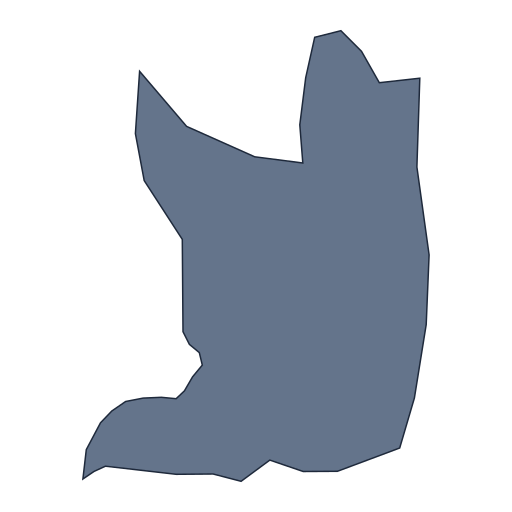 Luweero, Albers equal-area conic projection
{"feature_id": "UGA-3092", "entity_name": "Luweero", "entity_type": "County", "adm_level": 1, "iso_a3": "UGA", "parent_name": "Uganda", "parent_adm1": "", "projection": "albers", "projection_center": [32.54, 0.844], "detail": "fine", "context": "isolated", "style": "filled", "palette": "slate", "viewbox_px": 512, "rotation_deg": 0, "n_neighbors": 0, "source": "natural_earth", "source_scale": "10m", "svg_char_len": 625}
<svg xmlns="http://www.w3.org/2000/svg" viewBox="0 0 512 512"><path d="M340.9,30.7L361.5,51.3L379.3,82.7L419.8,78.2L416.9,167.0L429.1,254.9L426.2,324.6L414.4,398.0L399.7,448.0L337.4,471.3L303.2,471.5L269.8,460.1L241.1,481.3L213.1,474.0L176.2,474.3L105.4,466.2L94.1,471.4L82.9,479.0L86.3,449.6L100.5,422.8L111.8,411.0L125.6,401.5L143.1,398.1L161.3,397.3L176.1,398.7L184.4,390.9L192.6,376.8L202.3,365.1L199.3,352.6L189.4,344.4L183.0,331.7L182.3,239.4L144.2,180.6L135.4,133.6L139.6,71.3L186.6,126.4L254.7,156.8L302.8,163.0L299.8,124.8L305.7,77.7L314.7,37.3L340.9,30.7Z" fill="#64748b" stroke="#1e293b" stroke-width="1.5"/></svg>